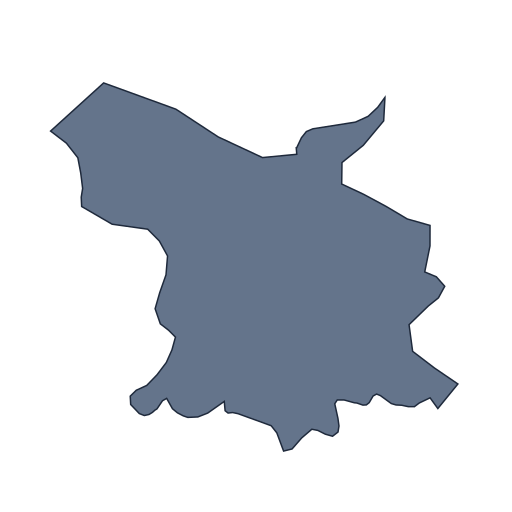 outline of İmişli, rotated 170°
{"feature_id": "AZE-1704", "entity_name": "İmişli", "entity_type": "District", "adm_level": 1, "iso_a3": "AZE", "parent_name": "Azerbaijan", "parent_adm1": "", "projection": "robinson", "projection_center": [48.046, 39.851], "detail": "fine", "context": "isolated", "style": "filled", "palette": "slate", "viewbox_px": 512, "rotation_deg": 170, "n_neighbors": 0, "source": "natural_earth", "source_scale": "10m", "svg_char_len": 1462}
<svg xmlns="http://www.w3.org/2000/svg" viewBox="0 0 512 512"><g transform="rotate(170 256 256)"><path d="M197.6,355.4L197.3,355.3L190.7,364.6L184.8,369.8L177.9,371.4L134.8,370.6L121.3,374.1L110.3,381.3L101.5,389.8L101.6,389.2L106.8,366.9L131.1,346.4L155.1,333.1L159.1,312.0L139.2,298.0L119.2,282.2L100.6,266.2L79.3,255.9L82.9,235.7L92.6,211.0L82.0,204.2L75.4,193.4L83.6,183.1L94.9,176.9L117.2,161.8L118.3,134.9L99.8,114.8L79.4,94.9L103.4,74.2L109.2,86.1L120.7,82.9L126.2,80.1L132.2,81.2L137.4,83.3L138.3,83.7L144.0,85.0L148.4,87.2L157.7,96.9L161.2,99.1L165.0,97.8L170.0,91.9L173.2,90.2L176.6,90.6L182.2,93.7L184.7,94.4L194.2,98.9L201.0,100.1L204.1,96.8L203.5,81.9L203.8,74.2L205.8,68.4L211.9,65.2L218.7,68.5L225.4,73.5L231.1,75.7L242.6,68.9L254.0,59.7L262.7,59.1L266.2,78.2L270.5,86.2L301.0,103.8L306.2,105.9L310.8,106.2L313.3,109.0L312.5,118.3L330.8,109.7L341.2,107.6L351.2,108.9L355.4,111.2L360.6,115.2L364.8,120.1L368.7,131.3L373.2,129.7L380.1,122.6L382.2,121.8L385.1,120.0L388.9,118.5L393.7,118.3L398.3,121.1L401.0,125.2L405.2,131.5L404.2,139.8L397.2,144.6L386.1,147.5L374.1,156.2L362.8,166.7L355.1,178.1L349.4,190.1L355.0,198.1L362.0,205.8L364.5,221.6L357.2,236.6L347.9,253.1L343.1,271.4L348.6,287.6L358.0,301.2L392.2,312.3L419.1,335.0L417.9,344.3L415.0,352.6L414.2,368.1L414.4,383.7L423.1,400.0L436.6,414.7L376.0,452.9L309.4,414.5L272.5,379.8L232.5,351.8L198.2,349.1L197.6,355.3L197.6,355.4Z" fill="#64748b" stroke="#1e293b" stroke-width="1.5"/></g></svg>